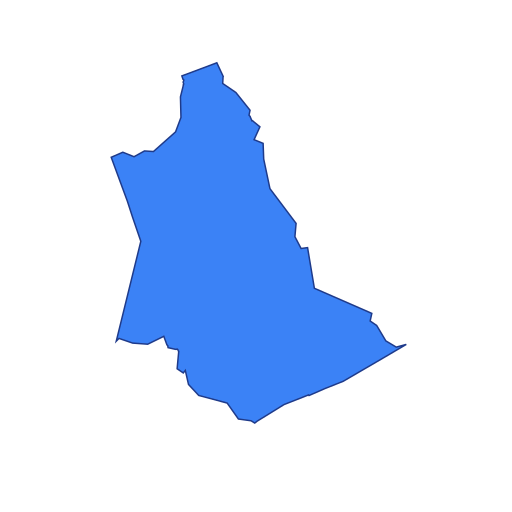 the district of Burke, North Carolina, United States of America, rotated 28°
{"feature_id": "52423323B91095890674954", "entity_name": "Burke", "entity_type": "district", "adm_level": 2, "iso_a3": "USA", "parent_name": "United States of America", "parent_adm1": "North Carolina", "projection": "orthographic", "projection_center": [-81.741, 35.779], "detail": "fine", "context": "isolated", "style": "filled", "palette": "blue", "viewbox_px": 512, "rotation_deg": 28, "n_neighbors": 0, "source": "geoboundaries", "source_scale": "gbopen_adm2", "svg_char_len": 1307}
<svg xmlns="http://www.w3.org/2000/svg" viewBox="0 0 512 512"><g transform="rotate(28 256 256)"><path d="M430.2,263.5L422.6,270.6L410.5,270.0L395.2,260.7L387.3,259.8L385.2,252.3L322.7,257.1L297.6,224.4L292.3,228.2L281.3,220.7L276.1,208.4L236.7,190.0L217.3,166.8L209.4,153.2L199.7,154.2L198.8,140.1L190.3,138.4L189.8,138.2L189.4,138.2L189.1,138.2L188.9,138.5L186.0,136.2L185.5,135.8L185.3,135.5L184.7,135.3L184.0,135.1L183.7,134.9L182.3,130.1L161.5,121.1L145.6,119.3L142.9,113.5L142.8,113.2L142.8,112.9L130.7,103.8L108.2,129.3L107.9,129.6L106.0,131.8L108.6,134.3L109.2,134.2L109.6,134.5L109.9,135.2L110.0,136.6L110.2,136.9L111.4,138.0L111.5,138.4L111.4,139.2L111.7,139.4L114.6,151.0L124.7,168.9L126.7,184.2L116.4,211.9L108.2,215.6L101.7,225.6L89.7,226.9L81.8,236.8L99.9,253.0L116.7,268.0L128.7,279.6L147.4,297.1L172.6,396.8L173.7,393.1L188.0,390.8L201.8,384.7L212.3,370.2L219.1,376.3L220.4,376.7L220.6,377.2L221.0,377.7L221.4,378.2L228.4,376.3L229.2,376.0L230.1,375.2L230.4,375.2L231.1,375.5L232.0,376.3L232.5,376.4L239.3,392.6L246.7,393.4L247.3,390.2L256.7,401.1L270.9,406.0L299.6,399.4L317.0,408.2L329.0,403.8L333.3,404.1L333.8,403.1L334.5,401.4L350.5,374.0L367.6,354.0L368.3,354.3L379.0,340.8L391.8,325.7L395.4,319.9L415.9,286.8L430.2,263.5Z" fill="#3b82f6" stroke="#1e3a8a" stroke-width="1.5"/></g></svg>